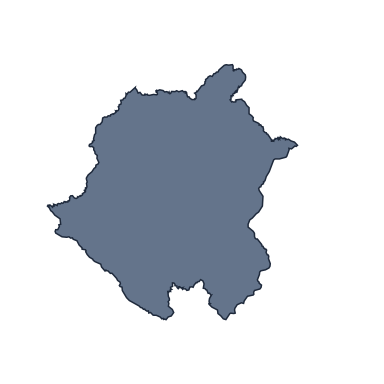 Lom Sak, Phetchabun, Thailand (Robinson projection), rotated 133°
{"feature_id": "78962969B94734864821350", "entity_name": "Lom Sak", "entity_type": "district", "adm_level": 2, "iso_a3": "THA", "parent_name": "Thailand", "parent_adm1": "Phetchabun", "projection": "robinson", "projection_center": [101.266, 16.742], "detail": "fine", "context": "isolated", "style": "filled", "palette": "slate", "viewbox_px": 384, "rotation_deg": 133, "n_neighbors": 0, "source": "geoboundaries", "source_scale": "gbopen_adm2", "svg_char_len": 6011}
<svg xmlns="http://www.w3.org/2000/svg" viewBox="0 0 384 384"><g transform="rotate(133 192 192)"><path d="M71.3,249.3L74.2,251.7L75.6,253.8L77.3,254.8L84.2,255.5L86.5,254.8L87.7,255.9L89.3,255.7L90.6,256.7L93.7,256.0L94.7,258.0L96.9,258.7L98.0,258.3L100.4,258.8L101.6,257.7L102.7,257.7L103.5,256.7L105.6,256.2L107.9,257.4L114.6,256.6L115.0,257.2L115.6,256.7L117.9,257.5L117.9,255.9L118.6,254.8L120.7,253.0L122.3,253.0L122.2,253.6L122.9,253.5L124.5,255.1L124.8,257.9L124.4,259.1L125.4,260.2L123.6,263.2L123.9,264.0L123.1,263.6L122.8,264.3L123.2,265.6L124.4,266.4L124.5,268.2L127.7,270.0L128.4,272.3L130.2,272.9L132.4,275.5L134.4,274.9L135.2,275.2L134.9,276.2L135.5,276.7L134.8,277.1L135.3,277.2L135.8,278.9L137.5,280.2L137.5,282.3L139.3,285.3L141.7,286.4L141.6,287.2L142.6,287.4L143.4,286.2L143.0,285.5L143.3,284.8L144.2,283.9L145.0,284.1L146.9,286.7L150.3,289.0L151.3,290.4L151.0,291.4L152.5,292.1L152.4,293.2L153.6,292.9L154.2,293.4L155.1,294.7L154.6,298.0L156.4,298.9L154.9,302.4L154.8,304.4L154.2,304.8L161.5,305.4L162.3,306.6L164.9,306.2L165.0,307.4L166.3,306.1L168.9,305.0L170.2,305.8L171.8,305.4L173.6,306.7L174.9,304.7L176.4,303.9L177.7,304.8L179.1,303.9L179.9,304.1L180.9,302.2L182.7,301.6L183.5,301.8L183.9,302.6L184.5,302.4L184.8,303.2L185.5,302.0L188.6,302.5L188.6,303.1L191.1,304.2L192.0,303.6L193.5,305.3L194.9,305.2L196.1,306.1L196.6,307.0L198.8,307.8L201.9,305.6L205.2,305.3L206.5,306.5L208.0,306.8L210.7,306.3L214.9,302.4L216.5,302.4L220.5,300.1L221.1,298.7L222.8,299.4L223.4,298.5L225.3,298.6L227.1,299.4L228.5,298.7L228.4,297.5L226.7,296.0L226.7,294.0L228.2,292.6L228.7,290.6L230.0,289.1L229.9,286.2L232.2,284.5L233.9,280.3L235.5,279.8L237.8,280.6L239.7,279.3L241.5,279.7L245.5,279.0L250.1,279.6L253.5,278.9L254.4,278.3L256.2,275.4L257.6,275.1L259.7,272.5L261.1,271.9L261.3,272.6L261.8,272.7L262.7,271.4L264.2,271.9L264.4,271.2L263.9,270.7L264.5,270.1L268.0,271.0L268.6,270.2L270.0,270.4L271.1,270.7L270.9,271.3L273.5,271.8L273.6,272.3L274.1,271.8L275.8,272.3L276.6,274.0L276.2,276.9L277.5,278.1L279.5,277.9L279.8,277.2L282.0,275.7L283.0,276.6L284.0,276.0L284.8,277.1L285.6,277.3L285.5,278.1L286.2,279.0L287.1,278.6L288.4,278.8L288.9,280.0L290.4,280.2L291.6,281.9L292.8,282.2L293.8,281.4L294.8,283.9L295.5,283.7L295.5,284.6L296.6,283.3L297.2,284.2L298.2,283.6L298.3,286.8L298.9,287.0L298.5,287.9L299.4,287.1L299.8,288.3L300.9,288.1L300.9,285.6L302.0,282.6L301.8,280.5L302.5,276.5L301.6,270.2L305.2,266.0L306.8,267.0L307.7,265.5L311.1,264.5L312.5,266.0L314.2,265.2L315.0,263.6L313.4,256.5L310.5,252.7L308.7,251.5L308.5,249.4L307.1,248.1L307.6,246.7L306.1,242.9L307.8,238.3L307.8,234.5L308.8,233.4L306.9,230.5L307.3,229.3L308.2,229.0L309.2,226.1L309.6,222.5L308.8,218.8L309.3,217.5L309.1,215.5L307.0,209.5L308.5,207.1L309.1,201.7L307.8,201.7L307.8,200.7L307.0,199.7L307.2,196.2L306.0,195.1L306.6,188.3L307.4,186.1L307.0,183.2L307.9,181.8L309.9,181.4L310.2,180.2L309.3,178.3L311.6,175.7L313.9,167.8L314.1,163.8L311.4,152.9L311.6,151.0L310.8,149.6L310.9,147.5L309.9,146.7L310.2,145.6L309.8,143.6L308.7,142.8L310.0,141.1L308.4,140.1L308.6,136.4L306.5,134.0L305.1,129.9L305.4,127.6L304.1,126.9L304.5,125.8L303.5,125.3L303.1,123.9L299.6,124.2L296.8,122.6L292.6,123.2L291.3,126.3L291.7,131.3L289.1,133.1L288.6,134.6L286.5,134.8L285.3,136.0L284.6,137.9L281.5,141.6L281.3,140.6L280.1,141.1L279.3,139.8L278.1,141.2L277.1,140.5L277.1,141.9L276.3,142.7L274.3,141.8L271.8,144.3L270.9,143.2L271.1,141.5L272.1,140.6L271.1,138.9L272.0,137.9L272.1,136.1L271.1,136.1L270.4,137.0L269.7,136.5L269.6,134.5L268.3,133.6L269.4,133.6L269.6,132.5L269.0,132.6L267.3,130.7L267.5,128.7L265.8,127.5L263.1,128.7L261.4,127.4L260.9,126.2L258.7,127.0L255.3,127.2L255.1,126.5L253.5,126.5L252.6,125.7L250.2,125.9L249.6,123.4L250.9,120.6L254.7,118.1L253.8,116.7L254.0,115.0L253.6,114.3L255.1,111.1L254.0,110.1L254.6,107.8L254.1,107.5L257.9,106.6L260.3,105.0L260.8,104.0L261.9,103.6L261.3,102.5L262.5,102.7L262.6,98.9L260.9,92.9L263.2,90.1L262.9,86.6L263.4,82.6L262.2,80.2L255.1,81.4L254.3,81.1L252.3,78.5L251.1,77.8L249.3,80.4L247.9,81.3L243.6,82.1L239.3,80.3L238.3,78.3L236.1,79.5L230.4,80.3L225.6,77.0L224.7,77.0L223.1,78.7L221.4,79.1L216.6,76.2L214.7,76.4L212.7,77.7L212.9,80.7L212.2,81.4L212.2,83.2L211.6,84.3L206.4,86.4L204.4,87.9L202.7,87.9L198.8,85.2L195.1,83.9L193.2,84.3L191.0,85.9L188.6,90.6L186.6,92.1L186.1,93.4L186.6,94.1L185.7,96.6L183.6,97.8L183.4,98.9L184.0,99.4L183.7,100.4L184.1,101.2L183.3,103.0L183.8,103.9L182.9,105.2L181.8,112.2L182.6,112.9L182.8,114.1L182.1,115.7L179.6,118.2L179.0,120.4L179.4,127.0L177.3,129.0L173.0,130.7L169.8,130.1L164.1,130.2L161.3,129.6L154.3,130.9L146.7,137.2L145.1,143.8L144.0,145.6L142.3,145.9L141.3,145.2L139.3,146.1L137.3,145.4L137.0,145.9L135.8,146.1L135.7,146.6L134.0,146.3L130.1,148.2L124.4,149.4L112.8,154.2L111.0,153.7L108.3,150.7L102.4,147.0L101.1,147.1L94.8,149.8L94.0,150.9L92.6,148.6L88.2,148.1L87.6,146.9L85.9,146.7L85.6,151.1L87.1,154.4L87.6,157.5L88.9,158.3L89.0,159.2L89.7,159.3L89.1,159.8L89.6,161.3L90.0,160.9L91.1,162.1L91.4,165.0L92.5,164.3L92.9,165.3L93.7,164.1L93.8,165.0L94.7,164.7L94.1,166.2L94.8,166.0L96.2,167.7L96.8,167.1L97.8,167.6L99.0,166.9L99.4,169.0L99.8,168.6L99.3,167.9L99.6,167.4L100.7,168.5L99.6,169.6L98.1,176.1L98.6,177.0L98.0,178.0L98.7,179.4L98.6,181.5L97.4,182.4L95.9,184.6L96.6,185.6L96.0,187.6L97.3,188.5L96.3,189.5L96.5,190.7L98.1,195.5L97.2,197.1L95.8,197.9L95.5,200.4L95.9,203.6L91.4,207.8L91.4,211.0L90.1,215.1L90.6,218.0L90.2,218.9L94.5,222.6L95.0,222.7L95.0,222.2L96.3,221.5L98.0,223.1L98.5,224.6L99.0,224.5L98.9,225.6L98.6,227.0L97.6,226.7L95.2,228.9L94.9,228.1L94.5,228.6L93.4,227.7L93.1,228.6L91.9,228.9L91.1,228.2L90.2,228.7L90.2,228.1L89.4,227.8L88.8,228.4L88.3,227.3L87.1,227.9L87.3,228.7L86.1,228.3L83.9,229.6L83.4,229.0L83.0,229.4L83.0,228.7L82.2,229.0L80.5,228.2L78.7,229.0L73.7,229.4L71.3,231.2L70.0,232.9L69.9,236.8L69.0,238.9L69.1,239.8L69.7,242.0L70.7,242.0L71.8,243.3L72.6,243.0L73.5,244.3L74.9,244.0L75.1,244.6L74.4,244.8L73.8,246.1L71.8,247.9L71.3,249.3Z" fill="#64748b" stroke="#1e293b" stroke-width="1.5"/></g></svg>